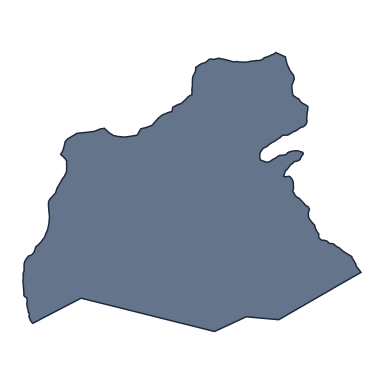 the district of Phuntsthothang, Samdrup Jongkhar, Bhutan
{"feature_id": "84629894B82317088432699", "entity_name": "Phuntsthothang", "entity_type": "district", "adm_level": 2, "iso_a3": "BTN", "parent_name": "Bhutan", "parent_adm1": "Samdrup Jongkhar", "projection": "orthographic", "projection_center": [91.692, 26.867], "detail": "fine", "context": "isolated", "style": "filled", "palette": "slate", "viewbox_px": 384, "rotation_deg": 0, "n_neighbors": 0, "source": "geoboundaries", "source_scale": "gbopen_adm2", "svg_char_len": 3881}
<svg xmlns="http://www.w3.org/2000/svg" viewBox="0 0 384 384"><path d="M32.9,323.3L45.2,316.8L81.1,298.2L119.8,307.8L214.5,331.5L246.2,316.8L278.8,319.7L336.8,286.2L361.0,272.4L359.9,270.9L358.7,269.3L358.1,268.6L356.8,266.9L356.2,265.8L355.5,263.5L354.6,262.1L354.0,260.8L353.3,259.7L352.1,258.1L352.0,257.0L351.1,256.1L349.3,255.1L347.3,253.9L345.1,252.5L342.9,251.1L340.8,249.2L339.2,247.8L337.4,247.1L334.4,244.7L333.2,243.8L330.4,243.5L328.8,243.1L327.7,241.7L327.0,241.1L323.9,240.2L322.7,240.3L320.9,239.8L318.6,237.2L318.8,235.0L318.8,233.9L317.3,232.1L316.4,230.5L315.4,228.4L314.6,225.2L314.0,224.5L312.4,222.9L310.2,220.1L308.6,217.5L308.3,213.0L309.5,209.3L308.0,206.6L306.8,206.1L305.5,205.3L304.5,204.0L303.3,202.7L302.5,202.0L301.6,200.9L300.6,199.9L299.6,198.7L299.0,198.2L298.0,197.7L297.1,197.3L296.5,196.7L295.5,195.8L294.9,195.1L294.6,194.4L294.2,193.5L293.6,192.5L293.1,192.0L292.8,191.1L293.1,190.0L293.5,189.3L293.5,188.2L293.4,184.9L293.3,183.4L293.3,182.4L293.1,181.5L292.3,179.8L291.7,178.6L290.5,177.2L289.8,176.5L288.9,176.3L287.7,176.5L286.1,176.7L285.2,176.7L283.6,176.3L285.2,171.4L288.3,167.9L290.6,164.7L292.7,163.4L294.2,161.7L296.1,161.3L298.7,160.5L300.3,159.3L300.7,157.8L302.0,155.7L303.4,153.7L302.8,152.4L301.4,151.9L297.9,150.8L294.7,150.8L292.1,151.2L289.3,151.9L287.3,153.0L286.5,154.4L283.7,155.1L281.1,155.4L280.2,155.2L278.3,156.1L275.4,158.2L272.8,159.4L271.6,160.3L269.4,161.7L267.6,162.3L264.7,161.6L262.4,160.7L260.4,160.0L259.8,157.6L259.8,154.6L260.2,152.8L260.7,151.7L261.9,150.0L263.0,148.5L265.0,147.4L267.4,146.2L268.6,144.9L272.0,142.6L274.9,141.1L278.1,138.8L279.8,137.9L281.3,136.4L282.7,135.3L284.6,135.2L287.1,135.2L288.6,134.7L290.7,133.4L294.1,131.4L295.6,131.1L297.4,129.8L298.6,128.9L300.7,127.5L301.8,127.1L302.8,127.0L304.4,126.0L306.0,124.3L306.5,123.1L307.0,121.5L306.8,119.7L306.7,118.4L307.1,112.9L307.5,111.1L307.9,108.9L307.8,106.4L306.4,105.4L303.9,104.0L302.4,103.1L301.2,102.5L299.3,99.7L298.3,98.4L297.5,98.5L296.8,98.0L295.5,97.0L294.3,96.2L293.2,95.6L292.4,92.6L292.0,88.5L291.9,86.8L291.9,85.2L292.2,84.4L293.0,82.5L293.6,80.8L294.3,79.3L294.1,77.9L293.9,76.9L293.6,75.3L290.2,70.9L288.9,68.0L287.1,64.4L286.2,60.6L285.4,56.9L275.7,52.5L275.1,53.3L274.2,53.7L273.5,54.2L271.4,55.0L269.4,56.0L267.6,56.7L264.3,57.7L262.3,59.5L260.8,60.0L259.4,60.6L256.1,60.5L255.3,60.8L250.0,61.3L248.2,62.0L243.2,62.2L239.1,61.9L235.9,61.5L234.7,61.8L233.1,61.8L227.3,60.1L223.1,59.1L221.9,59.0L218.8,58.2L216.0,58.8L215.3,59.1L213.7,59.4L211.2,59.0L209.9,59.1L208.6,59.7L207.1,61.3L204.5,62.9L201.7,63.6L199.3,64.9L197.2,66.5L195.7,67.3L195.7,68.7L195.6,70.9L195.2,72.0L194.5,73.4L193.6,75.0L192.8,77.0L192.5,79.2L192.4,81.7L192.4,83.8L192.4,85.9L192.1,87.8L191.9,89.3L192.0,92.4L191.9,94.0L191.8,94.9L190.8,95.2L188.3,96.6L185.3,99.8L181.3,103.5L178.1,104.5L174.9,106.1L172.9,107.1L171.8,111.6L168.5,112.4L162.4,114.9L158.5,118.0L151.9,125.4L146.2,127.5L140.8,128.8L137.2,135.1L131.2,136.2L124.9,137.1L118.1,136.5L113.4,135.5L109.3,132.9L106.2,130.0L104.4,128.3L100.1,129.0L94.5,131.3L88.9,132.1L77.0,133.3L71.2,136.8L67.8,138.8L65.2,141.6L64.1,146.4L62.8,150.8L60.6,154.4L62.1,155.7L64.9,158.4L66.8,161.1L66.5,163.2L66.7,166.6L66.5,171.9L64.4,176.2L62.4,178.8L59.5,184.0L57.1,188.0L55.6,192.9L51.8,197.1L49.9,199.1L48.5,201.8L48.5,206.6L48.9,211.3L49.5,216.8L49.2,219.9L48.9,223.8L47.5,230.1L45.7,233.9L44.8,236.9L43.0,239.2L41.1,241.8L38.5,244.6L35.7,246.9L35.1,249.3L33.7,252.8L31.4,255.1L28.7,255.9L26.7,258.2L24.7,261.6L24.1,264.1L24.1,267.8L24.1,270.5L23.1,273.9L23.3,277.4L23.0,280.5L23.3,285.3L23.6,289.0L23.9,293.0L23.9,295.6L25.1,296.9L26.7,297.8L27.1,299.4L27.2,301.4L26.9,302.7L26.8,304.0L27.2,307.0L28.1,310.0L28.2,312.0L28.8,313.0L29.4,314.2L29.3,315.2L28.9,316.5L29.2,317.3L29.6,318.3L30.1,319.5L30.4,320.4L31.6,322.2L32.3,322.7L32.9,323.3Z" fill="#64748b" stroke="#1e293b" stroke-width="1.5"/></svg>